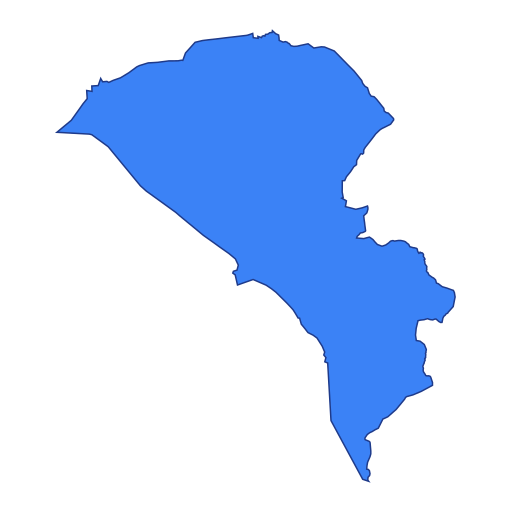 Santa Ana Maya, Michoacán, Mexico
{"feature_id": "50627088B22901000354815", "entity_name": "Santa Ana Maya", "entity_type": "district", "adm_level": 2, "iso_a3": "MEX", "parent_name": "Mexico", "parent_adm1": "Michoacán", "projection": "equal_earth", "projection_center": [-101.02, 20.023], "detail": "fine", "context": "isolated", "style": "filled", "palette": "blue", "viewbox_px": 512, "rotation_deg": 0, "n_neighbors": 0, "source": "geoboundaries", "source_scale": "gbopen_adm2", "svg_char_len": 4937}
<svg xmlns="http://www.w3.org/2000/svg" viewBox="0 0 512 512"><path d="M56.9,132.3L89.4,134.1L91.8,134.7L100.3,140.9L108.2,146.7L140.4,185.8L146.3,191.1L149.1,193.1L160.6,201.4L175.8,212.4L179.8,215.9L195.0,228.4L203.3,235.3L209.1,239.4L214.3,243.1L219.4,246.8L225.2,250.9L228.9,253.5L235.4,258.9L238.3,265.1L237.0,270.1L233.4,271.3L232.8,273.1L235.2,274.9L237.5,285.0L253.1,279.5L259.1,282.1L266.2,285.2L271.4,288.7L275.9,292.2L286.7,302.9L290.3,306.7L293.1,309.8L295.2,313.1L298.1,318.0L299.6,318.2L301.3,324.2L305.4,329.2L306.2,330.3L308.0,332.6L313.0,335.1L317.0,338.0L320.5,343.5L322.2,346.2L323.8,350.0L324.7,352.0L324.1,354.0L323.8,355.0L325.9,357.6L324.8,361.8L327.7,363.0L331.0,420.6L362.7,479.3L368.7,481.3L367.8,480.0L368.0,477.3L369.6,475.5L370.0,473.7L369.4,470.6L368.2,469.4L366.7,469.2L367.0,465.6L367.6,462.2L369.0,459.0L370.0,456.7L370.8,453.9L370.8,451.0L370.1,442.8L369.9,442.2L369.7,441.8L369.1,441.3L365.2,439.7L364.9,438.9L365.1,437.7L367.3,434.5L369.7,432.7L372.1,431.6L375.2,429.7L378.3,428.2L382.9,419.0L384.4,418.4L384.8,418.2L387.8,416.8L392.9,412.3L396.1,409.5L404.6,399.2L405.5,397.5L406.7,396.6L412.9,394.9L421.2,391.4L432.5,385.3L432.5,382.5L430.7,377.1L430.1,376.3L429.3,376.0L428.5,375.8L427.7,375.9L426.7,375.8L426.1,375.7L425.6,375.3L425.3,374.6L424.7,373.6L423.7,372.2L423.3,371.2L423.2,370.7L423.2,370.1L423.2,369.3L423.3,368.8L423.4,368.2L423.3,367.9L423.0,367.1L422.9,366.8L422.9,366.5L422.9,366.1L423.5,364.6L423.9,363.5L424.3,362.9L424.2,362.5L424.3,362.0L424.6,361.3L424.7,361.1L424.9,360.8L425.0,360.5L425.1,360.3L425.0,360.0L425.0,359.5L425.0,359.2L424.7,359.0L424.8,358.4L425.1,358.1L425.4,358.0L425.7,357.2L425.6,356.8L425.6,356.4L425.7,355.7L425.7,355.1L425.7,354.6L425.8,354.1L425.7,353.9L425.5,353.6L425.5,353.2L425.6,352.9L425.8,352.7L426.0,352.4L426.0,352.1L425.9,351.7L426.0,351.3L426.1,350.6L426.3,350.1L426.3,349.4L424.3,344.5L420.1,341.2L416.3,340.5L416.1,339.1L415.5,335.0L416.1,329.2L416.2,328.3L418.0,320.7L420.5,320.1L424.1,319.7L425.7,319.2L427.7,318.7L429.4,319.4L430.8,319.7L432.8,319.9L434.5,319.2L435.9,319.0L437.3,320.1L438.8,321.5L440.7,322.5L442.0,322.4L442.6,319.6L442.8,318.4L443.8,316.3L445.1,315.3L446.1,313.9L447.7,313.1L448.2,312.2L453.2,306.6L455.1,297.0L454.4,292.6L453.4,290.4L450.8,289.5L447.0,288.1L442.2,286.7L438.3,283.7L436.5,283.1L435.5,279.8L433.6,278.0L432.2,277.3L428.9,274.9L427.9,272.6L427.7,272.6L427.2,272.2L426.7,271.5L426.4,271.0L426.5,270.3L426.8,269.8L426.8,269.3L426.7,268.6L426.6,268.1L426.7,267.7L426.8,266.9L426.8,266.4L426.4,265.9L426.1,265.4L425.6,264.8L425.1,264.0L424.8,263.2L424.8,262.4L424.8,261.6L424.4,260.5L424.2,259.7L425.0,259.1L424.4,258.0L423.3,256.3L423.3,256.1L423.5,255.3L423.5,254.5L423.1,253.8L422.5,253.1L421.8,252.7L421.1,253.0L420.7,252.8L420.4,252.3L420.1,252.2L420.0,252.5L419.7,252.9L418.9,253.3L418.7,253.0L417.8,251.5L417.5,250.6L417.4,249.9L417.3,249.3L417.0,248.7L416.4,248.3L414.0,247.7L413.1,247.7L412.6,247.5L409.8,246.7L408.7,244.4L406.7,242.9L405.5,241.8L403.8,241.1L402.7,240.9L400.9,240.5L398.3,240.5L394.5,241.1L393.0,240.6L392.1,240.7L390.5,241.2L388.7,242.9L385.7,245.0L382.0,246.2L377.4,244.5L375.0,242.0L373.0,239.6L371.1,238.2L369.4,237.1L366.3,237.9L363.8,238.6L356.6,238.0L357.2,236.3L359.1,234.6L360.3,233.0L362.7,232.6L365.2,231.4L365.6,230.8L364.8,224.8L364.6,222.8L364.1,219.3L363.7,215.8L366.8,212.9L367.3,211.4L367.9,209.2L367.9,207.7L367.6,206.3L367.5,206.0L362.3,207.8L355.8,209.3L350.5,207.9L345.4,206.6L345.8,204.5L346.4,200.8L341.8,198.2L343.2,197.6L342.2,192.0L342.3,180.8L344.7,180.6L346.4,176.8L350.6,171.6L353.8,166.7L355.3,165.6L356.5,164.7L356.7,160.4L360.6,153.9L361.2,153.7L362.6,154.1L363.6,153.1L363.8,149.8L365.3,147.3L368.0,143.9L371.7,139.2L375.7,133.9L380.0,129.8L382.0,128.5L384.7,127.2L390.6,124.2L393.7,119.9L393.5,118.5L388.3,113.1L386.0,112.5L384.2,111.0L383.8,108.3L376.7,99.4L374.2,96.8L373.1,96.5L371.2,96.2L369.3,93.5L367.5,87.8L365.0,86.3L362.7,83.4L361.7,80.5L354.0,71.0L351.6,68.6L347.6,64.6L344.9,61.8L343.7,60.6L334.3,51.0L329.4,49.0L324.5,47.0L321.3,46.8L313.8,48.0L308.1,43.8L300.6,45.4L297.1,46.2L293.8,46.4L290.9,45.7L289.2,43.5L288.4,43.4L287.5,42.4L285.5,41.6L283.1,42.1L281.0,41.2L279.2,40.4L279.0,37.6L278.6,35.0L275.7,33.7L272.4,30.7L272.1,32.5L269.8,32.7L267.7,34.2L265.5,34.4L264.9,36.1L263.9,35.7L262.3,36.1L261.5,37.6L257.9,36.4L258.1,38.3L253.3,37.7L252.7,33.4L250.8,34.1L247.8,35.1L246.4,35.4L238.5,36.3L227.3,37.6L224.0,38.0L218.4,38.7L213.2,39.3L210.2,39.6L203.6,40.4L202.2,40.6L195.1,42.3L190.0,48.0L185.5,53.0L182.8,60.4L181.5,60.2L178.1,60.8L172.5,60.9L168.8,60.9L160.1,62.0L158.0,62.3L153.3,62.6L148.2,62.9L145.8,63.6L139.4,65.6L136.7,66.9L128.9,72.7L120.5,77.8L113.1,80.4L108.8,82.4L106.9,81.4L102.7,81.8L102.6,81.7L101.7,80.2L100.9,78.9L100.7,78.5L98.2,85.6L91.8,86.0L92.0,91.4L86.7,90.5L87.2,98.7L83.1,103.7L79.1,109.4L75.8,114.0L71.3,120.3L67.1,123.8L60.0,129.7L56.9,132.3Z" fill="#3b82f6" stroke="#1e3a8a" stroke-width="1.5"/></svg>